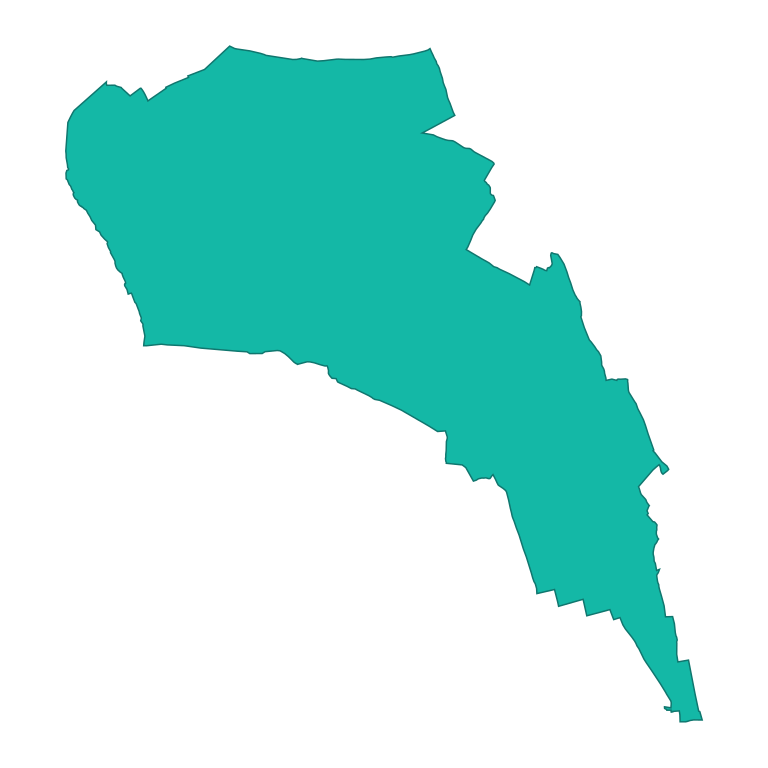 the district of Rediu, Iasi, Romania
{"feature_id": "2599482B72561220521834", "entity_name": "Rediu", "entity_type": "district", "adm_level": 2, "iso_a3": "ROU", "parent_name": "Romania", "parent_adm1": "Iasi", "projection": "mercator", "projection_center": [27.484, 47.225], "detail": "fine", "context": "isolated", "style": "filled", "palette": "teal", "viewbox_px": 768, "rotation_deg": 0, "n_neighbors": 0, "source": "geoboundaries", "source_scale": "gbopen_adm2", "svg_char_len": 6000}
<svg xmlns="http://www.w3.org/2000/svg" viewBox="0 0 768 768"><path d="M265.0,351.7L277.2,350.5L280.1,350.8L284.8,353.6L288.4,356.6L294.0,362.2L295.9,363.5L296.8,363.7L297.3,364.4L307.1,361.8L310.0,361.9L314.3,362.8L319.9,364.6L324.6,365.9L325.7,366.0L326.6,365.8L327.2,366.0L327.8,367.5L328.5,370.5L328.4,373.3L329.0,374.6L330.1,376.2L332.0,378.3L336.1,378.6L337.6,381.9L339.5,382.9L347.2,386.4L351.4,388.6L355.2,388.9L357.3,390.1L368.9,395.7L371.9,397.5L372.9,398.4L374.8,399.4L379.6,400.3L391.1,405.3L401.1,410.0L428.6,425.9L437.6,431.5L445.4,430.9L447.3,437.0L447.2,438.7L446.4,441.5L446.2,450.5L445.8,454.4L445.8,456.9L445.5,458.5L445.8,461.2L446.3,462.3L446.3,463.3L462.2,464.9L465.8,467.6L473.4,481.1L476.2,480.2L478.4,478.8L481.8,478.0L483.8,478.1L485.9,477.8L488.4,478.6L489.8,478.6L490.4,478.0L491.9,475.8L493.0,474.6L495.5,479.4L497.0,482.7L498.2,485.0L498.8,485.5L503.1,488.4L505.6,490.5L506.1,491.3L506.6,492.3L508.6,500.0L510.4,508.5L511.5,512.9L512.1,515.8L512.7,517.8L514.1,521.2L516.3,527.8L519.1,535.1L523.3,548.7L526.4,557.1L531.4,573.2L532.7,577.9L534.0,581.6L535.2,583.6L535.6,584.9L536.6,588.5L536.9,593.6L554.5,589.5L557.7,602.0L558.6,606.3L583.1,599.3L586.8,615.8L609.9,609.6L613.7,619.6L620.0,617.6L622.9,624.9L625.4,629.0L631.9,637.2L634.6,641.0L635.9,643.3L637.0,645.9L638.9,648.7L643.9,659.0L646.4,662.9L651.4,670.2L660.4,683.8L665.8,692.6L666.4,693.8L670.8,700.9L671.2,702.5L671.2,704.3L670.9,707.8L664.5,706.8L664.5,708.1L664.7,708.5L666.6,709.5L666.8,710.2L671.1,710.2L671.1,712.0L671.4,712.1L672.9,711.8L672.9,711.4L679.3,710.9L679.9,714.9L680.1,721.8L685.7,721.8L687.4,721.4L690.1,720.5L693.7,719.9L702.2,720.0L699.9,711.9L699.7,711.5L698.7,711.2L695.1,694.2L688.5,660.1L677.9,661.9L676.7,654.3L676.8,643.0L676.6,642.0L677.2,640.0L676.6,637.0L676.0,635.9L675.3,632.6L674.4,623.7L672.6,616.6L665.5,616.8L664.1,605.8L661.5,596.2L659.4,589.0L658.9,586.8L658.7,584.5L658.0,583.1L657.5,581.3L656.7,575.6L657.1,574.3L657.8,573.5L658.4,572.3L659.5,569.3L656.6,570.5L655.3,563.3L654.2,561.3L653.9,557.2L653.2,554.1L653.2,552.3L653.9,548.1L654.6,545.8L654.9,544.6L655.7,543.8L656.9,542.0L657.5,540.5L658.6,539.0L657.6,537.8L656.4,534.3L656.3,533.3L656.4,530.8L656.8,530.1L656.7,527.1L657.0,525.3L656.9,524.7L655.4,522.9L654.6,522.0L652.8,521.6L647.1,514.9L648.2,513.5L647.0,510.8L648.9,506.0L649.3,505.7L646.9,502.4L645.8,499.6L641.3,494.6L640.6,493.1L639.3,488.7L638.5,486.7L652.9,470.0L656.6,466.7L659.1,464.7L659.8,465.8L660.5,468.2L660.7,469.9L661.2,471.9L662.0,473.3L663.0,474.2L667.6,470.6L668.7,469.3L666.9,466.0L661.8,461.8L655.1,453.0L653.0,450.8L653.8,450.1L648.1,433.9L645.5,425.6L643.4,419.7L639.9,412.7L637.8,408.7L636.1,403.7L634.7,401.7L628.9,392.3L628.4,390.3L627.9,383.2L627.6,381.5L627.7,379.8L627.5,379.5L625.6,378.9L620.7,379.2L618.0,379.1L617.1,379.6L616.8,380.4L611.9,379.1L606.1,380.4L605.9,378.0L604.6,373.2L604.4,371.2L603.8,369.1L601.7,365.2L601.6,362.0L600.8,355.8L598.4,351.6L596.7,349.8L594.8,346.8L591.2,342.0L589.3,339.9L584.3,327.6L580.8,316.7L581.4,315.8L581.5,311.6L580.9,307.3L579.9,302.8L580.0,301.7L578.8,300.5L577.1,298.4L576.0,296.3L575.3,295.4L572.9,290.0L570.6,282.7L568.7,277.7L566.9,271.8L564.0,264.1L560.0,257.5L557.8,254.4L553.6,253.6L552.3,252.9L551.4,252.9L551.0,253.8L550.7,255.5L552.2,263.5L552.0,264.4L551.7,265.1L551.1,266.0L549.3,267.8L548.5,267.6L547.5,268.1L546.7,270.7L544.8,270.3L543.6,269.5L541.1,268.4L536.6,266.7L536.4,267.2L535.9,267.6L534.8,267.6L534.3,270.0L529.6,285.0L524.6,281.8L509.1,273.6L499.8,269.3L497.1,267.7L493.8,266.7L489.1,262.9L481.9,258.9L466.2,249.6L467.8,247.0L470.7,240.4L472.8,235.0L476.1,229.3L480.8,223.1L482.4,220.5L483.5,219.4L484.0,217.7L485.2,215.7L487.6,213.0L490.3,209.0L494.6,201.8L495.2,200.3L493.9,196.7L493.4,195.5L491.7,195.1L490.4,193.7L490.3,192.9L490.3,188.1L490.1,187.3L488.7,185.1L487.3,184.2L486.2,182.5L484.8,181.4L484.3,180.4L491.8,167.5L494.1,164.1L493.8,163.1L491.9,161.4L475.5,152.6L474.1,151.8L471.0,149.2L469.5,148.5L465.8,148.3L463.8,147.7L455.2,142.0L453.3,141.0L452.1,140.7L448.2,140.4L445.1,139.7L437.1,136.8L433.4,134.9L422.2,133.0L454.8,115.4L453.2,112.2L450.0,103.3L448.6,100.2L447.6,97.6L445.9,89.4L444.6,86.3L443.2,82.6L442.4,78.2L440.2,71.7L439.4,68.4L438.2,65.8L436.8,63.8L436.2,61.4L434.1,57.7L433.2,55.5L431.5,52.0L430.0,48.6L428.0,50.0L424.8,51.1L413.6,53.9L409.5,54.7L399.0,56.0L392.7,57.2L391.1,56.7L386.0,57.0L376.3,57.9L369.9,59.1L363.7,59.5L345.1,59.4L338.4,59.1L336.4,59.2L323.8,60.7L317.5,61.1L302.8,58.6L301.5,58.2L300.8,58.6L296.6,59.4L292.7,59.5L265.7,55.3L264.7,54.7L260.6,53.4L249.9,50.9L236.9,49.0L234.6,48.5L229.7,46.1L204.5,69.5L187.9,75.9L188.6,77.4L174.4,83.2L165.8,87.3L166.1,88.3L147.9,100.9L146.9,98.5L145.0,94.5L143.4,91.6L142.0,89.5L140.9,88.2L140.1,88.4L130.1,95.9L121.8,88.3L121.2,87.5L116.6,86.2L114.9,85.2L106.8,85.3L106.3,83.6L106.4,81.9L74.1,110.5L72.5,113.2L70.4,117.2L67.9,122.4L65.8,151.0L66.1,154.1L66.2,157.8L67.4,164.5L67.7,167.5L68.6,168.9L68.4,169.8L66.8,170.5L66.0,173.1L66.2,178.9L67.3,179.7L69.2,184.5L70.4,185.8L70.8,186.5L71.8,189.2L72.8,190.6L73.2,191.8L73.9,192.6L73.3,193.6L73.2,194.3L73.4,195.3L74.2,197.0L74.9,198.2L76.0,199.3L77.6,200.2L77.5,200.8L77.5,201.9L77.8,202.3L78.2,203.3L79.3,205.1L80.7,206.2L81.5,206.3L81.7,206.8L83.2,207.7L83.8,208.5L86.4,210.3L87.9,213.4L90.0,216.6L91.7,220.4L95.5,225.1L95.9,229.6L99.6,231.9L101.1,235.2L104.6,239.1L107.5,241.7L107.5,242.8L107.1,243.7L108.4,247.5L110.6,251.5L110.5,252.7L114.3,259.6L115.1,261.6L115.0,263.1L115.7,265.9L116.5,268.0L117.8,269.9L120.1,272.0L122.2,273.5L122.2,274.4L123.2,277.1L125.4,281.7L125.6,283.4L125.3,283.7L124.9,283.7L124.6,284.3L124.7,285.7L127.0,289.5L128.2,294.1L131.2,293.1L131.9,294.1L132.6,296.3L134.9,302.3L136.1,303.5L139.2,311.6L139.6,313.6L141.3,317.9L141.1,319.4L140.7,320.8L142.5,323.3L143.0,324.3L142.9,326.0L144.9,336.1L144.0,342.2L143.7,345.7L146.8,345.7L161.3,344.2L167.4,344.9L184.3,345.7L200.9,348.1L237.4,351.2L247.0,351.8L249.8,353.6L262.2,353.5L265.0,351.7Z" fill="#14b8a6" stroke="#0f766e" stroke-width="1.5"/></svg>